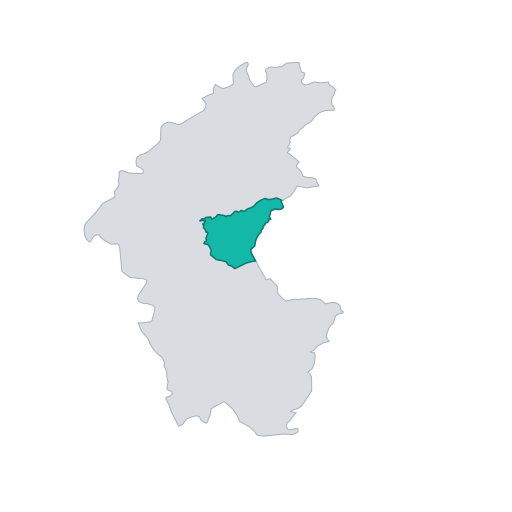 Faranah on a map of Guinea (Natural Earth projection), rotated 241°
{"feature_id": "GIN-5636", "entity_name": "Faranah", "entity_type": "Prefecture", "adm_level": 1, "iso_a3": "GIN", "parent_name": "Guinea", "parent_adm1": "", "projection": "natural_earth1", "projection_center": [-10.509, 9.855], "detail": "fine", "context": "in_parent", "style": "filled", "palette": "teal", "viewbox_px": 512, "rotation_deg": 241, "n_neighbors": 0, "source": "natural_earth", "source_scale": "10m", "svg_char_len": 6818}
<svg xmlns="http://www.w3.org/2000/svg" viewBox="0 0 512 512"><g transform="rotate(241 256 256)"><path d="M307.1,336.4L303.4,335.8L301.8,336.6L297.0,343.2L294.1,345.7L289.6,344.9L287.9,345.4L286.7,344.6L288.4,341.0L290.7,333.9L296.6,326.8L296.8,325.3L294.3,321.1L291.8,315.3L291.8,309.2L291.3,304.8L286.1,303.6L285.1,302.8L285.0,301.3L287.9,293.7L288.1,292.1L287.8,290.8L284.6,286.9L279.5,279.6L270.9,264.8L267.7,261.7L264.6,257.1L263.4,254.2L260.2,253.2L230.0,253.4L229.5,257.3L219.1,259.9L212.7,256.9L205.6,258.6L202.1,260.6L199.4,269.3L197.9,271.1L196.4,275.0L195.0,277.1L193.4,281.4L190.0,287.5L186.5,291.4L180.4,293.6L178.5,300.0L177.1,302.4L174.8,304.2L172.3,305.4L167.4,304.2L164.6,305.4L164.1,303.7L165.7,298.7L164.5,296.0L159.7,290.8L159.3,288.2L157.8,284.9L151.6,278.2L145.8,278.6L147.4,272.9L147.4,265.3L145.4,261.2L145.9,257.0L144.8,257.3L142.9,260.2L139.7,259.2L133.4,254.7L130.2,250.4L129.8,246.7L129.1,245.2L127.2,246.0L123.2,245.9L111.1,239.4L102.5,222.8L102.3,219.0L103.6,212.6L103.3,210.8L99.3,215.1L98.6,212.2L95.6,205.6L94.7,201.7L91.8,200.0L89.5,199.7L87.7,201.0L85.3,208.8L83.5,208.7L81.7,207.1L82.1,201.3L86.8,194.0L94.7,175.6L97.5,171.4L99.2,170.0L102.9,169.8L110.1,167.3L119.0,161.6L125.7,162.1L133.7,161.4L144.2,157.4L144.3,145.1L144.0,142.4L140.3,139.9L138.1,137.8L136.3,135.0L134.0,133.1L134.1,131.0L138.7,128.4L143.0,128.4L144.4,127.4L145.4,125.7L146.6,121.2L147.1,116.5L144.3,110.2L144.5,105.8L159.7,106.4L168.1,107.7L175.0,108.0L176.1,109.0L175.1,113.4L176.0,115.9L178.3,116.6L182.1,113.6L184.1,114.3L188.4,118.0L192.4,119.0L196.7,121.1L200.8,122.2L204.4,122.1L207.2,124.2L212.3,124.8L218.8,122.2L224.0,121.0L231.3,120.7L235.1,121.6L246.1,119.4L254.8,120.6L253.5,122.1L249.5,132.0L250.0,133.7L258.8,142.0L260.9,142.7L263.3,141.5L267.1,137.7L270.1,133.5L273.0,131.5L276.3,131.6L279.0,134.5L285.3,146.9L286.9,148.5L288.4,148.4L291.2,146.1L292.6,143.4L298.4,135.3L307.4,131.2L328.9,140.6L332.0,141.3L333.9,140.6L336.5,135.0L344.6,130.3L348.5,129.0L350.7,128.8L351.5,127.3L351.9,125.1L351.5,122.7L349.0,118.5L348.9,117.3L350.3,116.5L353.4,115.9L357.4,116.3L361.9,118.1L365.5,120.7L367.6,123.8L371.7,136.9L376.2,147.2L376.0,160.9L378.0,162.3L380.2,162.9L381.3,164.0L383.5,169.6L385.5,171.3L388.0,171.6L392.6,175.3L395.6,176.7L396.1,177.8L396.0,179.3L394.8,181.2L390.3,185.0L388.1,188.2L383.6,196.0L383.4,197.4L384.4,198.5L386.3,198.7L388.3,198.2L392.5,195.3L395.8,196.3L399.0,198.5L400.2,200.7L400.5,203.7L399.7,207.5L399.6,211.8L400.7,219.0L402.4,226.3L404.0,228.9L414.7,235.3L415.7,237.7L416.2,240.4L415.5,244.1L414.4,246.1L408.6,251.8L407.7,254.5L408.2,259.5L408.6,280.8L410.9,284.4L413.6,286.2L420.0,285.2L419.8,291.1L419.0,297.7L422.7,299.7L424.6,301.7L425.7,303.6L419.8,307.1L418.1,309.2L417.3,314.7L417.5,319.8L425.4,323.4L428.5,327.7L429.8,332.1L430.3,340.5L429.6,342.4L427.6,342.4L423.6,337.4L417.4,336.8L412.9,335.8L405.3,336.5L404.0,338.0L403.1,349.1L404.9,351.0L408.6,353.1L410.9,354.0L412.9,353.7L414.4,355.1L414.8,358.8L413.7,361.5L411.7,363.9L409.2,370.4L409.8,376.3L405.5,385.6L404.3,387.5L398.6,385.6L394.9,385.0L392.2,387.4L388.5,383.7L387.8,380.9L386.5,380.3L384.0,380.2L381.7,381.9L380.7,384.8L380.2,390.8L376.1,396.5L373.1,403.6L369.7,403.0L369.0,403.9L365.4,405.7L362.3,406.2L361.5,404.3L359.7,402.8L357.7,399.8L355.4,397.3L351.1,395.6L349.3,396.4L347.3,396.2L345.9,395.2L346.1,393.8L348.4,390.0L349.7,386.6L350.4,382.9L350.4,379.4L349.2,374.4L347.2,370.4L346.7,368.1L346.9,364.9L346.5,361.8L345.9,360.2L344.9,354.4L343.8,353.4L343.1,348.8L343.3,344.0L341.6,342.3L338.9,340.9L337.4,339.1L336.4,337.0L335.4,336.4L334.6,336.6L333.9,337.8L333.0,338.1L331.4,333.7L330.8,333.5L329.7,334.5L317.4,339.4L315.8,335.3L313.5,334.5L309.4,336.2L307.1,336.4Z" fill="#d9dde1" stroke="#a8b0b8" stroke-width="1"/><path d="M282.5,286.7L281.7,286.7L281.1,286.5L281.5,286.0L282.1,285.6L282.0,285.3L281.2,284.7L280.5,283.8L280.0,283.0L279.8,282.0L280.1,280.7L280.1,279.9L279.7,279.5L279.3,279.3L278.9,278.7L278.7,277.2L278.5,276.8L278.1,276.2L276.8,275.3L276.5,274.7L276.2,273.3L276.0,272.9L275.7,272.6L274.9,272.2L274.6,272.1L274.3,271.5L273.8,269.7L272.7,267.2L271.0,264.7L269.1,262.6L265.6,260.0L265.2,259.4L264.6,255.8L264.2,254.5L263.7,254.0L263.0,253.9L261.4,253.4L260.2,253.2L251.9,253.3L253.2,249.6L254.6,243.8L255.3,231.3L258.9,229.9L261.4,227.5L265.6,227.0L268.1,224.3L272.2,219.5L275.6,218.2L278.8,216.9L280.5,217.5L282.2,219.5L286.0,219.9L289.6,219.4L291.0,217.4L292.2,216.6L292.8,217.4L293.1,217.9L293.2,218.3L293.2,218.7L293.2,219.3L293.2,219.6L293.4,220.0L293.5,220.2L293.7,220.3L294.0,220.4L295.0,220.5L295.4,220.6L295.7,220.8L296.0,221.1L298.2,223.8L298.7,224.2L298.9,224.3L299.5,225.2L299.9,225.0L300.4,225.0L300.7,224.7L301.0,224.4L301.1,223.9L301.6,224.1L302.9,224.3L303.8,224.3L304.2,224.2L306.0,223.7L306.4,223.9L306.7,224.3L307.2,224.7L307.9,224.9L309.2,224.8L309.8,225.0L309.3,225.6L309.3,226.1L310.3,227.1L310.5,227.5L310.9,228.6L311.0,228.8L311.4,228.7L311.5,228.3L311.5,227.9L311.6,227.7L312.0,227.5L313.1,226.5L313.4,226.2L313.5,225.2L313.5,224.3L313.9,224.0L314.1,224.2L314.3,225.7L314.3,225.9L314.4,226.2L314.6,226.4L314.6,226.7L314.6,227.1L314.2,227.8L313.9,228.1L313.7,228.5L313.6,228.8L313.6,229.4L313.7,229.8L313.9,230.0L314.0,230.2L314.1,230.5L313.9,231.1L312.4,234.6L312.1,235.2L311.7,235.3L311.4,235.3L310.8,235.3L309.8,235.0L309.6,235.2L309.5,235.4L309.6,236.0L309.6,236.3L309.7,236.8L309.4,238.5L309.4,239.0L309.5,239.4L309.6,239.7L309.8,240.6L310.1,241.1L310.2,241.3L310.5,241.8L310.6,242.0L310.6,242.4L310.5,242.9L310.0,243.8L309.8,244.2L309.5,244.5L309.0,244.7L308.9,245.0L307.8,246.8L307.3,247.2L307.1,247.4L307.0,247.6L306.8,247.8L306.7,248.0L306.3,248.3L306.0,248.3L305.6,248.3L305.3,248.3L305.1,248.6L305.1,249.0L305.1,250.2L305.0,250.7L304.9,251.1L304.7,251.7L304.4,252.0L304.1,252.5L303.8,252.8L303.7,253.1L303.7,253.3L303.7,253.6L303.8,254.2L304.2,255.4L304.3,255.7L304.4,256.7L304.5,257.0L304.7,257.5L304.9,258.0L305.2,258.5L305.2,258.8L305.2,259.2L305.1,259.6L304.4,260.8L304.2,261.0L303.4,261.1L303.1,261.2L302.9,261.5L302.8,262.1L302.7,263.8L302.8,264.3L302.9,264.6L303.0,264.8L303.1,265.0L302.9,265.4L302.4,265.7L302.2,265.9L301.8,266.4L301.3,266.7L301.1,266.9L301.0,267.1L300.9,267.3L300.8,267.7L300.8,268.3L301.2,270.9L301.2,271.7L301.1,273.1L300.7,274.4L300.5,277.6L301.2,280.1L302.1,282.4L302.5,286.8L301.9,292.0L299.9,293.6L298.7,295.6L297.8,297.9L297.4,300.0L296.9,301.7L296.7,302.0L296.0,302.7L293.4,304.8L292.4,305.4L292.3,305.1L291.8,304.6L290.7,304.2L288.8,304.0L286.8,304.0L285.1,303.4L284.8,301.5L285.3,299.1L286.2,297.4L286.6,297.0L287.1,296.7L287.7,296.3L288.0,295.7L288.1,295.2L287.9,294.3L287.9,293.8L288.1,293.1L288.4,292.5L288.6,291.9L288.5,291.2L286.5,289.2L286.0,288.9L285.4,288.4L284.8,287.8L284.2,286.9L283.8,286.7L283.3,286.8L282.8,286.7L282.5,286.7Z" fill="#14b8a6" stroke="#0f766e" stroke-width="1.5"/></g></svg>